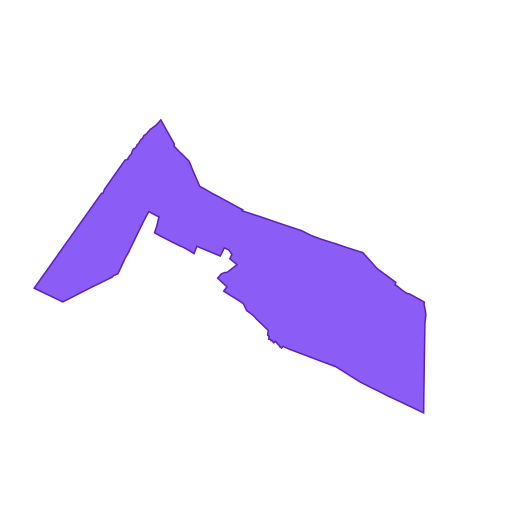 the district of Santa María de la Paz, Zacatecas, Mexico, rotated 196°
{"feature_id": "50627088B97427908684721", "entity_name": "Santa María de la Paz", "entity_type": "district", "adm_level": 2, "iso_a3": "MEX", "parent_name": "Mexico", "parent_adm1": "Zacatecas", "projection": "orthographic", "projection_center": [-103.305, 21.511], "detail": "fine", "context": "isolated", "style": "filled", "palette": "violet", "viewbox_px": 512, "rotation_deg": 196, "n_neighbors": 0, "source": "geoboundaries", "source_scale": "gbopen_adm2", "svg_char_len": 3403}
<svg xmlns="http://www.w3.org/2000/svg" viewBox="0 0 512 512"><g transform="rotate(196 256 256)"><path d="M426.9,160.6L420.7,166.4L414.1,172.6L409.2,177.2L402.9,183.0L398.8,186.6L390.9,193.8L388.5,195.9L387.4,198.0L383.8,200.9L383.6,202.1L381.1,218.0L379.2,225.8L379.0,228.0L378.7,229.3L378.5,230.5L378.2,232.3L377.8,234.5L376.9,239.7L375.8,246.2L375.4,248.4L375.0,250.7L374.8,251.8L373.5,258.8L372.6,263.3L372.4,264.4L372.1,265.5L371.3,269.1L370.4,268.9L364.7,267.7L359.9,266.8L360.0,264.8L359.7,259.2L359.7,258.0L359.6,257.7L360.0,250.4L354.3,249.0L350.3,248.3L350.0,248.2L346.1,247.4L342.5,246.7L331.7,244.7L328.5,244.4L321.9,242.9L316.2,241.2L316.0,243.5L315.7,247.2L315.5,249.0L290.3,246.1L288.7,255.0L284.4,254.5L283.6,254.2L281.3,252.2L280.3,251.4L279.6,251.0L280.4,246.1L275.9,244.1L275.7,244.1L271.8,242.4L279.2,232.4L281.5,231.5L284.4,229.3L286.8,224.1L275.4,218.4L277.4,213.4L272.7,211.9L261.6,208.8L259.5,208.2L257.2,207.4L255.7,206.9L254.9,206.6L251.0,202.2L250.0,201.0L243.3,198.5L240.7,197.2L238.4,195.6L237.2,195.0L224.0,188.0L223.4,187.0L223.5,186.0L223.3,184.7L223.1,183.5L222.7,182.9L221.7,182.7L221.5,182.2L221.0,182.1L221.1,180.3L220.9,179.6L219.4,179.7L218.7,179.2L218.1,178.8L217.6,179.4L216.4,178.4L215.2,177.4L214.8,177.6L213.7,179.4L212.2,178.3L210.5,177.0L209.0,176.4L208.1,175.6L207.6,174.9L207.0,174.9L206.1,174.5L205.1,176.6L197.2,175.5L173.2,173.5L148.4,171.5L146.6,171.0L130.6,166.3L120.5,163.4L120.3,163.4L109.9,161.4L99.8,159.6L89.4,157.6L75.0,155.3L70.3,154.5L61.7,153.1L58.2,152.5L51.6,151.4L52.8,155.9L54.1,160.6L56.5,169.2L59.7,181.1L63.3,194.3L63.3,194.5L64.5,198.8L75.1,238.0L76.5,246.4L78.3,250.4L81.3,256.3L81.5,258.1L97.9,261.9L100.0,261.6L102.5,262.1L106.7,263.7L113.3,266.5L114.1,266.2L114.1,266.3L114.5,267.6L114.3,269.2L114.6,269.3L136.1,277.3L138.7,278.9L145.4,283.2L151.7,287.1L154.1,288.7L154.5,288.7L158.1,288.8L172.1,289.2L180.8,289.7L183.2,289.8L185.2,289.8L185.7,289.8L187.5,289.8L189.3,289.9L197.2,290.1L208.5,290.9L219.0,292.9L232.7,293.5L244.7,294.0L248.3,294.2L261.3,294.9L281.9,295.6L281.4,296.7L287.4,298.0L293.1,299.3L298.2,300.5L302.3,301.3L304.8,301.9L307.3,302.5L315.9,304.2L324.3,306.4L329.3,307.5L331.4,310.0L335.9,315.5L338.5,318.7L342.4,323.5L343.2,324.7L346.6,328.8L348.9,330.0L350.8,331.1L354.6,333.2L357.3,334.5L364.9,338.9L365.0,339.0L365.5,341.3L370.4,346.1L382.0,357.6L383.3,359.0L384.0,359.6L385.0,360.6L385.7,359.1L385.9,358.6L388.0,354.4L388.3,354.2L388.7,353.4L389.2,352.8L389.7,352.1L390.4,351.4L390.7,350.8L391.0,350.4L391.4,350.0L391.8,349.3L392.0,349.0L392.7,348.6L392.9,347.6L393.2,346.9L393.8,346.0L394.1,345.3L394.3,344.6L394.5,344.2L394.7,343.7L395.2,343.0L395.4,342.5L395.6,342.2L396.0,341.9L396.3,341.7L396.9,340.9L397.1,340.1L397.2,339.2L397.4,338.2L397.7,337.3L398.2,336.9L398.6,336.4L398.9,335.2L399.1,334.6L399.5,333.8L399.6,332.5L399.9,331.7L400.4,331.0L400.7,330.7L401.0,330.3L401.0,330.0L400.8,329.0L401.2,328.1L401.5,327.3L401.9,326.4L402.4,325.6L403.2,325.4L403.5,324.5L403.8,323.6L403.8,323.0L403.9,322.1L403.9,320.5L404.0,319.9L404.2,319.2L404.5,318.7L405.1,317.6L405.3,316.8L405.4,316.3L405.6,315.8L406.0,314.6L405.7,313.8L406.1,313.5L408.1,312.1L408.3,312.1L415.9,290.4L416.1,289.6L420.0,278.6L420.3,274.1L421.7,273.7L423.5,268.7L426.0,261.7L426.6,260.0L438.9,224.9L442.5,214.8L448.8,196.7L451.5,189.1L460.4,163.9L429.0,158.6L426.9,160.6Z" fill="#8b5cf6" stroke="#5b21b6" stroke-width="1.5"/></g></svg>